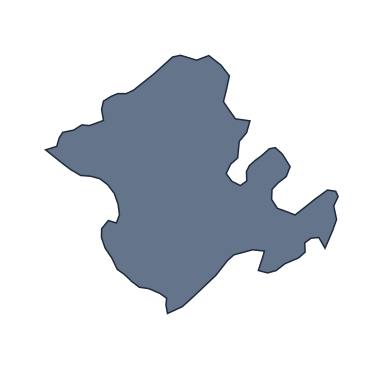 outline of Naju-si, South Jeolla, South Korea, rotated 228°
{"feature_id": "91817680B40505476377979", "entity_name": "Naju-si", "entity_type": "district", "adm_level": 2, "iso_a3": "KOR", "parent_name": "South Korea", "parent_adm1": "South Jeolla", "projection": "equal_earth", "projection_center": [126.711, 34.984], "detail": "fine", "context": "isolated", "style": "filled", "palette": "slate", "viewbox_px": 384, "rotation_deg": 228, "n_neighbors": 0, "source": "geoboundaries", "source_scale": "gbopen_adm2", "svg_char_len": 1425}
<svg xmlns="http://www.w3.org/2000/svg" viewBox="0 0 384 384"><g transform="rotate(228 192 192)"><path d="M321.3,111.4L298.8,115.1L290.0,116.8L278.8,120.3L271.6,127.2L263.6,132.4L254.0,134.2L242.8,133.3L237.9,131.2L232.4,128.9L223.6,122.9L219.6,115.1L226.8,110.7L225.2,100.3L218.8,94.3L208.4,89.9L196.4,88.2L184.5,84.7L176.5,86.5L167.7,87.3L166.1,87.3L164.4,87.6L156.5,89.1L149.3,95.1L138.1,100.3L130.1,102.1L125.3,96.9L118.1,92.5L113.3,108.1L113.3,122.0L114.1,154.1L117.3,172.3L117.3,181.0L108.5,198.4L99.7,206.2L97.3,202.7L89.3,188.8L81.3,194.0L77.3,201.9L77.0,206.1L76.5,213.2L71.7,227.1L71.6,235.8L78.8,241.8L78.0,249.7L73.2,255.8L61.2,253.2L69.2,270.6L74.8,281.0L86.8,288.0L90.8,297.5L96.4,299.3L102.8,294.0L104.4,278.4L105.2,264.5L106.0,253.2L114.8,248.8L122.8,244.5L133.2,246.2L140.4,253.2L141.2,261.9L140.4,272.3L145.2,281.9L159.6,284.5L169.2,283.6L172.4,278.4L172.4,267.9L173.2,260.1L173.2,252.3L170.8,246.2L163.6,240.1L164.4,232.3L173.2,228.8L182.8,229.7L186.8,239.2L186.8,248.8L198.0,261.0L199.6,272.3L206.1,282.7L217.3,273.2L231.7,274.9L238.1,275.8L244.5,285.3L253.3,297.5L266.9,298.4L282.1,295.8L286.9,283.6L294.1,279.3L301.3,274.9L305.3,267.9L305.3,257.5L305.3,241.8L306.8,216.6L309.2,208.8L314.8,202.7L317.2,195.8L318.8,187.1L314.0,180.2L304.4,174.1L310.0,160.2L315.6,155.0L317.2,145.4L322.8,135.9L321.2,129.8L316.4,122.0L321.2,111.6L321.3,111.4Z" fill="#64748b" stroke="#1e293b" stroke-width="1.5"/></g></svg>